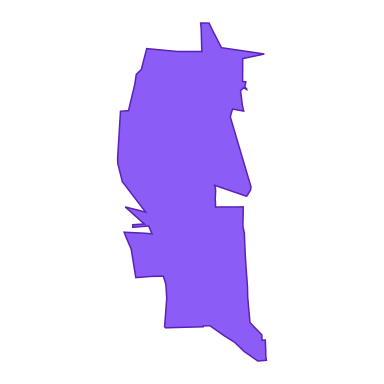 outline of Palmillas, Tamaulipas, Mexico
{"feature_id": "50627088B12819325491793", "entity_name": "Palmillas", "entity_type": "district", "adm_level": 2, "iso_a3": "MEX", "parent_name": "Mexico", "parent_adm1": "Tamaulipas", "projection": "mercator", "projection_center": [-99.548, 23.265], "detail": "fine", "context": "isolated", "style": "filled", "palette": "violet", "viewbox_px": 384, "rotation_deg": 0, "n_neighbors": 0, "source": "geoboundaries", "source_scale": "gbopen_adm2", "svg_char_len": 1351}
<svg xmlns="http://www.w3.org/2000/svg" viewBox="0 0 384 384"><path d="M177.5,51.5L146.7,48.6L141.3,69.5L136.3,74.3L134.8,84.2L128.5,110.6L120.5,111.3L118.1,150.0L117.6,158.3L117.8,163.3L117.8,163.6L122.3,181.6L145.6,212.1L125.2,206.9L144.3,224.0L132.8,224.7L132.8,227.3L148.7,226.0L152.0,233.8L144.3,233.2L124.1,232.2L126.2,237.5L131.2,249.2L135.8,277.6L151.6,276.4L163.3,276.2L163.9,278.0L165.6,283.6L165.9,284.9L166.5,294.6L166.6,296.2L166.7,298.6L164.6,326.7L165.6,327.8L203.1,326.8L203.1,326.0L203.9,325.9L206.5,325.8L209.9,325.7L223.8,335.5L234.6,342.3L244.3,351.6L257.8,361.0L260.5,360.8L266.4,360.3L266.1,358.0L265.7,354.8L265.8,352.6L265.3,340.0L262.0,340.2L261.8,334.8L250.0,322.6L247.8,298.3L247.7,297.3L247.5,286.8L245.9,265.1L245.4,257.5L244.3,233.0L243.8,230.6L242.9,226.2L243.3,206.9L215.5,207.0L215.5,205.4L215.5,203.3L215.4,202.2L215.5,201.8L215.4,201.1L215.2,199.5L215.4,195.9L215.6,191.9L215.5,188.3L214.6,185.3L246.6,196.3L250.5,190.2L251.0,186.9L230.4,117.2L231.1,113.6L232.6,109.1L243.7,111.1L242.3,105.1L241.3,96.4L240.5,90.7L243.6,87.9L244.1,88.0L246.7,89.6L246.6,88.7L246.0,88.2L245.4,87.7L244.8,85.9L245.7,83.3L245.8,81.8L244.8,81.7L242.6,81.5L242.7,58.6L244.7,58.2L264.3,54.0L240.0,50.4L221.5,47.7L211.9,29.1L209.1,23.1L200.6,23.0L201.2,29.1L201.8,51.5L177.5,51.5Z" fill="#8b5cf6" stroke="#5b21b6" stroke-width="1.5"/></svg>